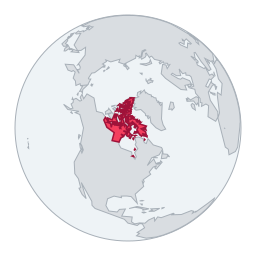 globe centered on Nunavut
{"feature_id": "CAN-634", "entity_name": "Nunavut", "entity_type": "Territory", "adm_level": 1, "iso_a3": "CAN", "parent_name": "Canada", "parent_adm1": "", "projection": "orthographic", "projection_center": [-85.605, 67.518], "detail": "fine", "context": "on_globe", "style": "filled", "palette": "rose", "viewbox_px": 256, "rotation_deg": 0, "n_neighbors": 0, "source": "natural_earth", "source_scale": "10m", "svg_char_len": 15762}
<svg xmlns="http://www.w3.org/2000/svg" viewBox="0 0 256 256"><circle cx="128" cy="128" r="113" fill="#eef3f6" stroke="#a8b0b8"/><path d="M155.5,237.2L156.2,237.0L154.3,237.2L146.2,238.2L136.5,235.8L139.4,233.4L137.2,232.5L144.6,227.8L142.4,223.9L139.7,223.6L137.2,225.5L127.9,223.1L124.4,219.3L95.1,208.5L92.0,205.3L91.8,201.3L81.3,182.5L86.2,198.6L82.2,194.5L79.0,188.2L80.7,187.7L78.4,178.7L74.8,173.7L74.2,162.0L80.7,149.8L81.9,153.0L83.3,149.9L81.8,145.6L80.6,143.6L83.5,127.9L79.8,114.5L75.2,112.6L78.9,111.3L67.8,109.5L63.6,104.3L70.5,108.8L72.9,108.2L71.1,104.0L73.1,102.5L73.4,99.6L76.0,98.3L79.9,101.1L81.6,100.4L80.2,97.4L82.0,94.3L83.7,98.8L87.0,93.9L94.0,98.0L96.5,111.4L102.6,113.0L110.9,125.0L112.3,122.9L116.3,126.2L119.4,125.1L120.1,127.8L122.0,124.5L120.8,122.3L121.2,120.2L122.9,119.3L124.1,122.6L123.4,123.5L124.6,124.0L124.4,126.0L125.5,124.5L126.7,128.6L128.1,123.4L131.1,125.6L131.2,128.7L127.9,129.9L119.8,140.4L118.8,144.1L120.9,148.0L131.7,152.0L132.1,155.6L135.0,159.3L136.3,156.6L134.6,152.7L137.8,148.7L135.2,144.7L136.1,142.5L134.8,137.8L138.6,137.0L143.0,138.7L144.3,142.6L146.3,143.5L148.0,138.7L153.2,144.9L161.5,147.5L162.5,149.3L159.1,154.9L151.7,157.8L147.3,165.5L153.8,159.0L156.1,164.0L158.0,164.3L160.0,163.2L160.6,160.8L162.1,162.2L156.2,169.1L154.8,167.9L156.6,165.7L153.2,167.1L149.2,172.0L150.7,174.3L143.2,179.7L144.2,181.4L143.1,183.7L142.0,180.5L143.7,186.4L135.2,194.1L137.3,203.4L131.2,196.6L126.7,196.0L121.2,196.1L121.5,197.7L114.0,196.1L107.6,198.7L105.9,205.6L108.9,211.0L117.2,212.0L119.4,209.4L125.4,209.0L121.7,216.1L132.2,217.0L131.5,221.8L134.6,223.9L139.7,222.9L145.0,223.2L148.5,220.1L154.3,217.4L154.7,221.0L157.7,216.9L161.1,217.7L172.5,213.6L171.7,214.8L181.4,214.5L191.3,210.6L193.6,211.2L192.5,213.2L195.8,211.3L195.8,212.0L208.4,202.9L214.4,198.2L213.8,200.2L208.2,207.0L206.2,209.1L199.9,214.7L193.3,219.8L186.3,224.4L179.0,228.4L171.4,231.9L163.6,234.9L155.5,237.2ZM27.8,147.6L28.5,146.1L28.7,148.4L27.8,147.6ZM28.6,144.2L28.4,144.9L28.5,144.1L28.6,144.2ZM28.3,143.0L28.5,143.8L28.2,143.0L28.3,143.0ZM27.9,141.5L28.2,142.2L27.9,141.5ZM137.0,206.5L148.9,208.8L142.5,210.3L143.6,209.4L140.6,208.2L134.9,207.3L129.1,208.5L137.0,206.5ZM27.6,138.8L27.6,138.1L27.9,138.7L27.6,138.8ZM141.6,200.9L139.6,200.9L141.6,200.6L141.6,200.9ZM79.6,143.0L81.6,145.7L82.2,150.1L80.3,148.0L79.6,143.0ZM78.9,134.6L80.4,135.4L78.7,138.6L78.4,137.2L78.9,134.6ZM71.4,111.7L72.6,113.8L70.7,112.3L71.4,111.7ZM73.0,99.5L72.0,99.4L72.6,97.9L73.0,99.5ZM132.8,138.6L133.8,138.2L133.5,139.3L132.8,138.6ZM131.3,137.0L130.3,138.5L129.5,137.9L130.1,137.0L131.3,137.0ZM77.1,94.6L78.4,92.5L77.8,95.2L77.1,94.6ZM132.8,135.2L128.1,136.8L126.6,135.8L127.8,131.5L132.8,135.2ZM79.5,91.5L82.5,86.4L80.5,85.6L87.7,84.9L82.8,89.5L82.4,92.9L81.2,91.1L79.5,91.5ZM119.6,122.0L121.0,124.3L118.3,123.2L119.6,122.0ZM117.8,121.8L108.8,121.6L107.7,117.9L110.9,118.6L108.2,114.5L112.0,112.7L114.4,114.6L114.4,117.4L115.9,114.6L117.8,121.8ZM91.2,85.5L92.5,84.7L91.9,86.1L91.2,85.5ZM121.2,119.2L119.5,119.5L118.3,116.2L121.6,115.1L120.9,116.5L121.2,119.2ZM105.6,114.3L105.3,111.8L108.4,109.6L108.7,108.3L112.0,112.4L105.6,114.3ZM122.0,116.9L123.2,114.7L125.3,115.5L122.8,118.8L122.0,116.9ZM116.7,115.9L116.3,114.3L117.6,114.8L116.7,115.9ZM133.4,117.2L131.4,117.5L130.6,115.8L133.4,117.2ZM123.5,113.8L122.8,113.6L122.3,113.0L123.5,111.7L123.5,113.8ZM113.9,110.6L115.3,110.3L112.7,108.8L114.9,107.2L116.8,110.3L116.9,108.3L117.5,107.8L118.3,110.8L113.9,110.6ZM123.2,108.7L126.3,112.1L130.2,111.9L130.9,113.3L124.5,113.5L123.2,108.7ZM120.2,109.7L122.2,109.4L122.2,111.3L120.8,112.7L120.2,109.7ZM115.7,105.1L111.9,106.8L111.6,106.1L115.7,105.1ZM124.3,108.2L123.5,107.4L124.6,108.0L124.3,108.2ZM118.4,105.6L117.1,106.3L116.8,105.4L118.4,105.6ZM123.1,105.3L124.1,106.4L123.2,107.3L123.1,105.3ZM120.9,105.1L120.9,103.8L122.3,107.0L120.4,105.6L120.9,105.1ZM118.3,104.7L117.7,104.4L118.9,104.6L118.3,104.7ZM126.0,101.1L127.9,104.9L125.9,107.0L124.3,103.0L126.0,101.1ZM133.0,15.5L133.4,15.5L135.6,15.6L143.6,16.4L151.5,17.8L159.3,19.8L166.9,22.3L170.7,23.8L175.8,26.5L189.1,34.4L189.6,35.3L192.4,37.1L195.8,40.4L196.0,41.9L198.7,44.3L197.6,40.5L194.6,38.0L190.2,35.4L190.6,35.1L187.2,32.4L194.7,37.2L201.3,42.4L207.4,48.1L213.1,54.2L212.7,53.9L213.9,61.5L212.5,60.8L212.4,60.8L214.8,62.6L214.2,64.1L216.1,60.1L217.4,60.4L214.8,56.2L219.9,62.9L224.5,69.9L228.5,77.2L232.0,84.7L234.9,92.6L237.2,100.6L239.0,108.7L240.1,117.0L240.0,115.9L240.0,117.0L240.3,122.1L240.0,123.4L239.9,126.4L237.7,147.0L235.4,151.5L229.0,154.8L228.3,149.3L225.3,147.1L217.9,118.0L219.5,112.9L217.2,94.5L217.5,92.4L221.1,95.1L222.1,83.5L218.4,78.9L216.0,68.8L212.2,62.1L204.8,58.3L211.0,69.3L208.8,70.8L201.1,61.5L195.2,52.4L194.1,52.7L195.1,58.3L190.8,56.1L195.0,60.3L195.5,58.6L198.1,61.3L197.9,62.9L196.4,62.1L197.4,65.0L204.2,68.6L205.3,67.3L209.6,75.3L212.0,74.0L214.2,76.4L211.0,79.6L209.2,79.0L205.7,86.1L208.1,87.4L211.5,80.9L211.7,82.9L214.9,84.8L212.6,85.1L208.3,92.1L210.3,100.3L217.8,111.8L217.9,117.0L215.7,121.3L208.0,116.7L208.6,105.6L205.9,104.0L201.5,106.4L202.0,102.9L200.3,102.5L200.1,98.5L195.6,93.2L194.8,89.3L189.0,87.7L187.8,85.6L191.6,87.1L193.8,86.2L191.2,77.0L189.5,75.4L186.0,75.1L185.7,72.7L182.6,73.7L179.1,68.9L180.7,75.6L176.5,75.7L172.3,73.2L171.2,74.5L178.2,78.6L180.7,79.2L182.4,77.8L189.6,80.7L191.3,83.8L184.9,85.4L186.7,90.0L180.9,89.5L165.6,78.4L161.2,73.7L162.6,64.4L166.0,65.0L167.2,68.6L169.8,64.6L167.8,65.2L167.6,63.3L163.6,63.1L163.2,61.7L160.0,63.9L159.1,62.3L161.2,60.9L154.5,59.4L151.6,56.2L150.2,56.6L149.6,57.8L146.3,53.1L145.5,53.6L146.2,55.3L145.0,57.3L141.6,59.2L140.7,57.4L141.8,56.5L142.7,52.1L145.8,50.1L145.0,49.6L142.1,51.0L141.0,56.3L139.2,57.9L139.3,55.3L139.1,56.4L137.9,56.6L135.9,55.3L135.6,58.2L123.9,64.1L118.7,62.3L120.0,59.2L110.8,61.9L105.7,59.9L106.5,61.5L102.5,64.0L104.0,64.6L104.1,65.6L94.6,72.7L91.7,73.1L88.4,78.2L88.8,79.0L90.8,79.0L87.7,84.9L80.5,85.6L80.1,83.7L75.9,85.5L75.4,80.9L73.2,78.1L75.2,72.1L73.2,70.5L71.8,71.5L68.0,70.1L65.2,64.2L73.7,64.8L79.2,73.4L77.5,69.5L79.8,69.2L80.3,67.1L79.0,64.4L77.6,64.9L85.1,55.1L85.6,47.3L81.0,50.4L77.6,50.5L74.1,45.0L80.7,33.5L76.2,34.0L75.5,33.2L78.6,30.9L79.6,31.9L83.3,30.7L83.4,31.7L88.7,28.6L89.1,29.9L93.0,26.9L90.9,26.6L86.1,28.8L89.3,25.8L83.7,26.8L82.5,26.1L89.9,22.0L97.3,19.6L106.1,17.5L115.0,16.1L124.0,15.4L133.0,15.5ZM224.1,127.8L225.2,128.8L224.1,127.8ZM191.3,43.6L186.2,38.9L184.4,40.9L182.3,39.3L182.5,40.6L184.3,41.0L184.1,44.4L180.4,42.4L178.9,43.1L180.5,44.8L187.3,47.9L187.7,43.0L190.6,44.2L191.3,43.6ZM172.9,213.4L174.3,213.5L172.5,214.3L172.9,213.4ZM141.7,212.3L144.2,212.0L145.5,212.5L143.7,213.0L141.7,212.3ZM161.9,207.9L164.6,207.4L161.9,208.7L161.9,207.9ZM150.8,208.9L159.7,208.4L154.3,211.2L148.7,211.4L152.5,210.2L150.8,208.9ZM140.8,204.0L142.4,204.1L142.0,205.1L140.8,204.0ZM143.1,200.7L142.5,200.9L141.6,200.3L143.1,200.7ZM156.4,163.6L156.9,163.1L159.1,162.5L158.3,163.8L156.4,163.6ZM167.3,154.3L169.6,156.9L167.4,155.9L166.7,158.0L161.3,158.7L162.7,150.3L163.0,153.9L167.3,154.3ZM154.5,157.4L157.8,157.8L154.1,157.7L154.5,157.4ZM191.0,105.0L192.3,103.4L194.4,104.8L195.4,110.1L192.4,108.1L191.0,105.0ZM193.7,101.0L187.0,101.3L186.1,98.2L187.8,99.9L187.8,97.8L190.5,99.9L196.1,96.7L198.4,97.7L199.0,106.7L197.6,103.1L196.4,104.8L193.7,101.0ZM171.7,109.0L168.8,109.4L170.6,102.0L173.1,102.5L174.3,107.6L172.0,110.2L171.7,109.0ZM135.8,127.5L134.6,128.4L134.3,127.4L135.0,125.9L135.8,127.5ZM132.5,117.4L140.8,122.8L139.8,124.0L145.8,125.8L145.6,129.8L141.7,128.5L146.0,133.0L142.4,133.4L145.6,136.2L137.0,132.8L133.9,133.4L137.4,131.2L137.8,127.4L137.0,126.0L132.4,122.6L126.0,122.3L125.2,118.6L126.4,116.2L127.9,115.7L127.9,118.2L129.8,115.7L130.9,119.0L132.5,117.4ZM140.9,90.9L140.3,93.7L144.3,89.9L145.5,92.9L145.9,92.3L148.1,94.0L151.4,95.1L151.4,96.7L152.7,96.5L154.1,97.7L155.9,97.9L156.6,100.8L158.8,101.3L157.8,102.4L161.5,102.5L159.1,103.7L160.7,105.5L162.2,103.4L161.5,119.0L163.1,124.8L165.7,129.1L161.3,130.7L156.0,127.8L150.9,122.6L150.0,116.9L148.2,118.7L147.2,116.5L149.1,116.0L145.6,115.6L145.3,113.6L140.8,109.5L136.0,110.2L134.2,108.7L136.0,107.5L133.0,106.9L135.1,103.7L133.8,102.6L134.7,98.4L138.7,96.8L137.1,95.7L137.6,92.5L140.9,90.9ZM126.3,100.0L130.9,97.2L133.8,97.5L131.2,104.7L132.0,106.2L130.4,110.9L126.2,110.4L127.1,109.1L126.9,107.7L128.3,108.4L127.1,106.8L128.2,104.9L127.6,103.2L129.2,102.7L126.3,100.0ZM215.7,89.8L215.5,88.1L214.8,85.6L216.8,86.8L215.7,89.8ZM212.9,94.6L212.4,93.0L214.9,93.4L215.1,95.1L212.9,94.6ZM210.1,92.0L212.2,92.9L211.2,93.5L210.1,92.0ZM190.9,85.7L190.2,84.2L191.0,84.0L192.3,84.8L190.9,85.7ZM153.1,80.8L152.3,82.3L151.5,82.0L148.1,83.7L147.0,81.7L148.6,79.8L153.1,80.8ZM207.1,60.4L209.4,62.6L209.5,63.4L208.7,62.5L207.1,60.4ZM214.3,74.9L213.7,71.7L214.9,75.3L214.3,74.9ZM151.3,78.9L150.0,79.8L150.2,78.3L151.3,78.9ZM146.0,80.3L145.9,78.5L146.5,81.6L146.0,80.3ZM81.6,25.8L81.2,25.7L81.6,25.4L83.2,24.8L81.6,25.8ZM139.8,63.9L145.9,63.7L149.5,62.4L150.3,59.8L151.7,63.5L146.2,65.5L139.8,63.9ZM125.9,64.2L125.2,66.6L123.8,65.8L123.8,65.1L125.9,64.2ZM126.7,65.5L129.1,68.1L127.5,69.6L126.0,67.2L126.7,65.5ZM140.4,73.2L142.2,73.2L142.0,74.5L140.4,73.2ZM68.8,36.3L69.9,36.4L67.8,38.1L67.7,37.5L68.8,36.3ZM61.9,43.9L67.6,38.6L72.3,34.6L70.5,35.4L70.9,33.9L74.0,33.1L71.2,36.4L67.5,39.3L67.7,40.7L65.4,43.6L67.0,44.6L66.2,46.2L63.6,46.3L61.9,43.9ZM67.8,44.9L69.8,48.1L65.5,51.0L64.1,50.9L65.0,48.2L67.2,46.8L67.8,44.9ZM69.0,49.7L71.1,48.5L78.5,51.3L79.0,52.6L71.1,51.8L72.8,50.6L71.7,49.5L69.0,49.7ZM91.7,83.9L92.4,84.6L91.1,84.7L91.7,83.9ZM105.0,65.8L104.8,67.1L103.4,67.1L105.0,65.8ZM103.6,70.8L105.4,69.9L103.9,71.5L103.6,70.8ZM109.3,67.8L106.3,69.8L108.6,66.8L109.3,67.8Z" fill="#d9dde1" stroke="#a8b0b8" stroke-width="1"/><path d="M114.4,124.9L120.6,125.8L119.9,127.4L120.6,128.4L119.7,128.2L120.1,129.2L120.0,128.5L120.6,128.5L120.8,126.4L122.5,125.4L121.6,125.1L122.6,123.8L120.8,122.0L121.4,121.5L121.2,120.0L122.6,118.8L124.1,122.6L123.0,123.5L124.8,124.1L124.0,124.2L124.5,126.2L125.5,124.5L126.3,125.4L126.5,128.8L128.8,125.0L128.0,123.4L131.1,125.4L130.1,126.1L131.1,128.9L129.8,130.3L129.3,129.2L129.1,129.6L128.9,129.1L128.5,128.9L128.3,129.2L128.8,129.1L128.7,129.2L129.1,129.6L129.5,130.5L129.4,130.6L127.1,129.9L127.8,130.7L126.5,132.3L124.7,131.0L123.3,130.9L126.9,132.7L124.0,135.5L121.0,134.1L123.5,136.6L121.0,137.7L119.0,142.1L112.1,140.6L114.2,132.6L106.9,127.3L103.8,120.0L105.4,117.4L108.3,121.7L107.0,122.3L110.5,123.5L111.3,127.4L112.1,124.0L113.1,124.2L113.9,123.5L112.1,122.9L113.8,122.8L114.4,124.9ZM136.8,129.9L138.1,127.4L137.1,125.7L135.5,124.3L134.4,125.2L134.9,124.1L132.4,121.6L132.0,122.1L132.6,123.1L127.9,123.1L125.8,122.0L125.5,120.9L127.1,121.2L125.3,119.2L126.3,116.4L128.3,115.6L127.3,117.8L127.5,119.2L128.5,120.6L128.3,120.6L127.2,121.2L128.5,121.3L128.6,119.8L128.2,119.8L128.0,119.4L127.7,119.2L128.9,119.1L128.0,117.4L129.0,117.7L128.1,117.0L130.2,115.8L131.1,117.6L130.8,119.3L134.1,117.7L133.6,119.1L137.0,119.6L136.9,120.0L136.6,120.1L136.2,120.7L136.4,121.0L137.4,119.9L137.4,122.0L139.1,120.4L139.2,120.8L138.4,121.5L138.1,122.2L139.6,120.9L140.4,121.8L138.6,122.7L140.8,122.5L139.3,123.9L146.4,126.1L145.3,128.0L146.0,129.9L143.9,128.9L144.4,127.5L141.1,128.8L145.6,131.8L146.1,134.7L142.2,133.5L145.8,136.2L140.5,135.3L138.3,132.6L134.1,133.2L134.7,131.6L136.6,132.8L135.9,131.7L137.8,131.1L136.8,129.9ZM134.2,97.9L132.6,99.8L133.4,99.9L132.6,100.8L134.0,99.8L132.4,102.8L133.1,102.9L133.0,103.5L130.7,104.7L132.1,104.8L132.1,105.1L130.5,105.3L132.2,106.0L131.0,108.7L129.5,108.1L131.5,109.6L130.1,111.1L126.1,110.2L127.6,109.1L126.9,107.7L128.5,108.9L128.9,108.8L129.3,107.3L128.4,108.4L128.0,107.6L128.6,107.2L128.4,106.4L128.0,107.3L127.2,107.2L127.5,106.1L129.3,106.4L128.9,105.9L129.5,105.8L129.5,105.4L129.2,105.8L128.3,105.5L128.4,105.3L128.6,105.5L128.8,105.5L127.7,103.1L129.8,104.4L130.1,104.1L128.8,103.0L130.4,102.4L129.8,102.4L130.8,101.8L130.1,101.9L130.6,100.7L128.2,102.7L127.6,102.5L129.0,101.4L127.3,102.4L126.8,101.9L127.7,101.7L128.3,101.2L126.2,100.4L130.6,98.4L130.0,97.8L130.0,97.7L134.2,97.9ZM114.2,115.0L114.6,117.5L115.1,117.1L115.6,114.4L116.6,115.2L116.1,119.2L117.7,122.3L116.0,122.0L116.9,123.3L115.8,123.8L113.9,121.7L108.8,121.8L107.7,118.1L112.1,119.9L114.2,115.0ZM126.3,105.0L124.2,103.1L125.0,103.5L124.4,102.7L125.4,102.5L124.9,101.8L125.8,100.9L128.3,105.1L125.4,107.0L124.7,105.4L126.3,105.0ZM131.1,113.2L130.0,114.3L124.9,113.9L124.6,110.5L123.4,110.6L122.9,109.5L125.6,110.0L125.3,110.3L126.3,110.9L125.2,110.7L125.8,111.2L125.4,111.2L125.3,111.6L126.4,112.4L130.2,111.7L131.1,113.2ZM121.7,117.7L119.8,119.8L118.2,116.2L121.4,114.8L121.8,115.3L121.3,115.5L120.6,116.7L121.7,117.7ZM132.7,135.2L131.9,135.8L130.2,134.5L128.3,136.6L126.6,135.6L128.1,131.1L131.1,134.8L132.7,135.2ZM125.5,115.3L124.2,117.5L122.9,117.3L123.4,118.0L122.9,118.9L122.2,116.8L123.1,114.7L125.5,115.3ZM122.2,111.8L120.9,112.6L120.5,111.7L121.6,111.3L119.7,111.2L122.2,109.5L122.2,111.8ZM116.7,109.3L117.9,107.8L117.5,109.9L118.6,110.5L115.8,111.2L117.0,109.9L116.7,109.3ZM120.7,104.2L122.1,104.7L122.6,106.8L120.6,105.8L120.5,105.3L121.3,105.1L120.7,104.2ZM130.6,116.0L132.1,115.7L133.5,117.0L131.5,117.5L130.6,116.0ZM121.2,124.8L120.2,125.5L118.3,123.9L119.7,122.5L121.2,124.8ZM124.0,113.2L123.3,113.7L122.4,112.9L123.5,111.7L124.0,113.2ZM124.1,107.3L123.2,105.5L124.4,106.5L124.1,107.3ZM135.7,126.1L135.6,127.8L134.2,127.2L134.5,126.1L135.7,126.1ZM117.6,114.4L116.8,115.7L116.7,114.8L116.3,114.2L117.6,114.4ZM131.0,136.8L130.3,138.4L129.5,138.0L130.0,137.0L131.0,136.8ZM123.9,107.5L124.5,108.4L123.5,107.9L123.9,107.5ZM133.8,138.0L133.5,139.4L132.9,138.9L133.2,137.9L133.8,138.0ZM126.3,108.7L125.9,109.0L125.6,108.2L126.0,108.1L126.3,108.7ZM120.0,107.8L119.6,107.8L119.6,106.6L119.8,106.7L120.0,107.8ZM123.1,103.1L123.5,102.9L123.5,103.6L123.4,103.8L123.1,103.1ZM133.2,155.6L133.8,156.6L132.2,156.1L133.2,155.6ZM120.2,110.0L119.3,109.8L120.2,109.7L120.2,110.0ZM119.1,111.6L118.7,111.9L118.4,111.6L118.9,111.1L119.1,111.6ZM119.4,109.4L119.5,108.9L120.1,109.4L119.4,109.4ZM137.0,126.5L136.3,126.7L135.9,126.3L136.2,126.0L137.0,126.5ZM135.3,149.5L134.1,150.4L134.9,148.8L135.3,149.5ZM121.2,114.8L120.5,114.6L121.6,114.5L121.2,114.8ZM134.8,135.5L134.8,136.3L134.2,135.6L134.8,135.5ZM133.1,124.2L132.4,125.0L132.8,124.1L133.1,124.2ZM127.0,126.9L127.4,127.2L127.2,127.6L127.0,126.9ZM121.1,107.1L121.4,106.8L121.7,107.2L121.3,107.2L121.1,107.1ZM132.3,123.5L131.9,123.9L131.3,123.6L132.3,123.5ZM126.0,109.7L126.0,110.4L125.8,109.8L126.0,109.7ZM118.6,105.0L119.0,104.6L119.0,104.9L118.6,105.0ZM129.9,131.5L128.9,130.7L129.3,130.8L129.9,131.5ZM147.1,136.2L147.0,136.9L146.4,136.5L147.1,136.2ZM133.7,123.8L134.1,124.5L133.7,124.2L133.7,123.8ZM119.9,110.7L119.5,110.6L120.3,110.5L119.9,110.7ZM128.4,131.4L128.6,131.0L128.8,131.7L128.4,131.4ZM141.4,135.7L141.3,136.1L140.7,135.6L141.4,135.7ZM144.5,139.3L144.9,139.7L144.5,140.0L144.5,139.3ZM135.1,135.1L135.9,135.4L135.6,135.5L135.1,135.1ZM135.5,125.1L135.7,125.7L135.3,125.3L135.5,125.1ZM120.2,110.2L119.5,110.3L119.4,110.2L120.2,110.2ZM123.0,111.8L122.4,111.8L122.8,111.6L123.0,111.8ZM136.5,120.4L137.0,120.1L136.7,120.6L136.5,120.4ZM131.1,111.0L131.2,111.5L130.8,111.5L131.1,111.0ZM121.1,123.9L121.1,123.3L121.3,123.5L121.1,123.9ZM121.5,116.8L121.7,116.3L121.8,116.6L121.5,116.8ZM132.8,123.5L133.2,123.5L132.6,123.9L132.8,123.5ZM121.4,109.2L120.8,109.3L121.5,109.2L121.4,109.2ZM117.7,123.9L117.4,124.3L117.5,123.8L117.7,123.9ZM123.8,111.1L123.8,111.5L123.6,111.2L123.8,111.1ZM127.2,123.2L126.8,122.9L127.4,123.1L127.2,123.2ZM116.5,123.9L116.5,124.4L116.2,124.1L116.5,123.9ZM114.6,123.8L114.5,124.2L114.3,123.8L114.6,123.8ZM146.4,134.6L146.7,134.9L146.4,134.8L146.4,134.6ZM120.7,123.8L120.4,123.3L120.8,123.6L120.7,123.8Z" fill="#f43f5e" stroke="#9f1239" stroke-width="1.5"/></svg>